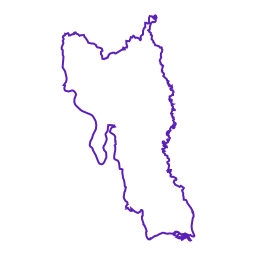 Thaton, Mon, Myanmar
{"feature_id": "60261553B13890911859525", "entity_name": "Thaton", "entity_type": "district", "adm_level": 2, "iso_a3": "MMR", "parent_name": "Myanmar", "parent_adm1": "Mon", "projection": "albers", "projection_center": [97.318, 17.108], "detail": "fine", "context": "isolated", "style": "outline", "palette": "violet", "viewbox_px": 256, "rotation_deg": 0, "n_neighbors": 0, "source": "geoboundaries", "source_scale": "gbopen_adm2", "svg_char_len": 5845}
<svg xmlns="http://www.w3.org/2000/svg" viewBox="0 0 256 256"><path d="M63.7,85.1L65.0,85.5L64.3,88.3L64.8,90.2L65.4,90.7L68.4,91.5L72.3,90.4L73.5,90.8L75.3,92.6L76.1,94.6L74.5,98.6L74.3,102.1L75.3,104.7L76.6,106.2L80.6,109.9L82.4,111.1L91.3,114.8L92.9,116.2L95.1,120.0L95.7,121.4L96.3,125.1L95.9,129.1L93.1,134.7L91.9,138.6L90.3,141.5L89.7,145.1L90.2,146.4L92.4,148.1L93.0,150.4L95.7,155.1L98.3,161.8L99.5,163.7L101.6,164.3L102.9,163.8L104.2,162.2L106.4,157.2L106.1,152.4L104.0,150.0L103.4,147.8L103.6,146.3L104.9,144.4L106.7,139.7L106.6,138.0L105.5,134.7L105.7,133.7L107.6,130.9L108.1,126.3L108.5,125.8L108.3,125.2L109.4,125.0L114.0,125.5L113.9,125.7L114.8,126.7L111.8,127.4L110.9,128.7L109.9,131.8L110.4,132.5L114.3,135.0L115.2,136.7L115.2,140.5L115.7,141.3L115.3,142.0L115.8,144.1L114.7,145.3L115.3,146.9L115.2,150.5L114.3,155.0L114.2,158.6L115.3,159.5L117.9,160.7L118.5,161.7L119.1,163.3L119.6,168.3L120.0,169.0L121.4,169.0L122.5,169.5L122.3,172.5L123.1,178.0L124.2,180.8L124.9,186.6L125.9,187.2L125.0,191.1L124.5,191.9L123.7,197.1L124.4,199.2L125.9,201.4L127.0,201.9L127.5,203.0L127.3,204.2L127.6,204.4L126.4,205.6L125.9,207.0L126.1,207.5L127.4,207.9L126.9,208.4L127.9,208.3L130.4,210.8L131.9,210.9L132.2,210.5L131.4,209.6L131.2,208.5L134.8,211.5L137.9,213.0L140.2,211.7L141.1,210.0L142.3,210.3L142.7,211.5L142.7,215.7L141.9,216.4L142.1,219.3L143.6,223.9L143.4,224.5L144.6,225.5L144.6,226.2L145.5,227.7L146.7,231.3L146.0,232.2L146.4,235.9L146.9,237.4L148.3,239.2L149.5,239.4L150.2,238.5L150.5,239.0L154.7,236.1L157.4,235.4L159.0,234.3L162.9,232.7L167.4,233.8L169.4,233.4L172.6,233.7L173.8,233.2L175.2,231.8L176.7,231.7L178.0,232.0L180.9,234.2L183.8,234.1L184.7,233.5L185.4,233.5L188.9,235.3L190.2,234.9L192.3,236.4L193.9,236.5L194.3,236.1L194.2,235.3L191.9,229.6L191.6,225.8L192.7,218.5L193.6,216.4L193.5,214.2L192.4,212.2L193.0,212.0L191.1,208.2L187.4,203.1L186.5,200.7L185.8,199.9L183.7,199.7L183.6,196.9L183.1,195.4L183.2,193.1L182.2,190.9L182.2,190.0L183.1,189.5L183.8,187.9L180.9,185.8L179.8,186.9L175.3,184.7L173.7,182.1L174.3,180.4L176.1,180.0L176.4,179.3L176.2,178.4L173.2,176.7L171.5,176.9L170.4,175.9L171.0,174.7L169.7,172.7L170.6,171.5L170.9,170.0L170.2,170.0L168.4,171.9L167.8,171.9L167.3,170.6L168.5,169.1L169.1,165.0L168.9,164.2L167.8,163.8L167.3,162.7L167.5,161.9L168.9,161.1L169.2,160.3L169.0,159.2L168.6,158.4L167.5,158.0L167.4,155.8L165.1,155.0L164.8,153.6L163.2,152.4L163.0,151.5L164.4,151.1L162.3,149.4L162.3,149.0L162.8,148.7L164.6,148.6L165.3,147.0L166.9,147.2L166.7,146.3L166.2,146.0L163.7,146.0L163.4,145.4L163.7,144.8L165.4,144.5L165.0,143.6L163.9,143.6L162.7,143.0L162.8,141.6L163.8,141.4L165.6,143.3L167.2,142.6L167.9,142.2L168.0,141.7L167.2,139.8L167.5,139.4L168.4,139.7L168.7,140.6L169.9,138.0L168.9,137.0L168.8,135.7L167.5,135.4L166.9,134.8L166.7,133.4L167.3,131.8L168.0,131.4L167.7,133.3L168.4,133.8L169.5,131.5L170.5,130.6L170.1,128.8L171.3,126.7L172.7,127.0L173.2,128.3L174.2,128.0L174.5,127.4L172.9,125.4L173.2,125.0L174.1,125.1L174.8,125.8L175.8,123.9L175.4,123.1L174.0,122.9L174.3,122.3L173.1,120.4L174.0,119.3L173.1,118.3L173.6,117.4L172.3,116.9L172.3,115.4L171.6,114.8L172.4,113.9L171.1,113.2L172.2,110.9L172.3,109.3L174.2,110.1L174.7,110.1L174.7,109.6L173.5,108.9L172.8,108.1L173.0,106.6L171.7,105.4L171.7,104.9L172.9,104.3L172.3,104.2L171.4,103.1L171.6,101.0L171.1,101.4L171.1,100.9L170.5,100.9L171.1,99.9L170.9,99.4L170.0,99.4L169.5,99.9L169.2,99.2L169.7,98.0L169.6,96.4L171.4,95.7L172.1,94.8L173.0,94.9L173.0,93.0L173.6,92.0L173.3,91.2L172.6,90.8L172.6,90.2L170.9,89.9L170.4,89.0L172.1,87.9L171.8,86.0L171.2,86.7L170.6,86.6L169.7,84.9L169.0,84.4L168.9,84.8L168.6,84.0L168.4,84.5L167.5,82.7L168.5,81.3L166.9,80.5L166.9,79.4L163.3,76.0L164.0,74.9L163.9,73.8L163.6,73.1L162.3,72.1L161.9,71.2L162.3,70.7L161.8,70.0L162.7,67.2L162.5,66.4L163.1,66.0L162.7,65.3L161.2,64.6L161.2,64.1L160.5,63.6L160.6,62.4L159.8,61.1L159.8,60.2L161.3,57.2L160.8,56.1L161.0,53.2L162.0,51.9L162.3,49.6L161.4,48.3L161.7,47.7L161.4,47.3L160.0,47.6L159.0,46.3L155.1,45.1L154.1,42.6L153.3,42.3L153.2,40.8L151.6,39.2L152.0,35.7L151.5,35.0L150.8,34.8L150.8,32.9L149.3,31.8L149.4,31.4L148.2,30.3L149.7,29.5L149.9,26.5L151.2,22.8L152.6,21.9L153.3,22.2L155.1,21.8L155.7,21.1L155.7,19.1L156.6,17.7L155.8,15.7L155.5,15.4L154.5,15.7L154.1,16.7L155.0,18.4L154.8,19.0L154.0,18.7L152.0,16.4L149.8,16.1L149.0,17.9L149.1,23.2L147.8,23.6L146.5,22.8L145.2,22.8L145.2,27.4L144.0,28.1L143.0,31.2L143.0,34.4L141.1,35.8L140.6,36.9L140.9,39.3L140.5,40.1L139.9,39.9L139.5,38.9L138.5,38.2L136.8,37.6L135.3,37.9L134.0,36.1L133.3,35.8L132.2,37.5L130.8,37.2L130.2,39.5L129.2,41.2L126.3,40.9L126.4,44.0L127.2,46.1L126.9,47.5L125.4,47.5L124.5,48.6L123.3,47.7L123.0,48.6L123.8,48.7L124.4,49.4L121.9,49.7L115.8,53.4L115.2,53.5L114.1,52.7L113.0,52.7L110.0,53.6L108.5,55.2L108.6,55.7L107.5,57.8L106.5,57.7L105.7,58.6L105.0,58.5L104.0,59.1L102.4,58.8L102.1,55.8L101.0,54.3L100.9,51.9L102.5,50.8L101.9,48.8L100.5,47.9L97.3,47.3L96.3,46.2L96.2,45.2L93.7,43.6L90.7,43.4L88.3,42.7L87.2,40.1L86.5,39.5L85.5,37.6L84.5,37.0L83.9,35.0L80.5,35.3L79.6,35.8L78.1,34.3L76.7,33.9L75.9,33.3L75.8,32.6L75.2,32.4L74.3,32.7L73.9,33.2L74.1,34.8L73.4,33.7L72.8,34.3L71.3,34.6L70.5,35.3L69.0,35.5L68.7,34.0L68.0,33.1L65.9,34.2L65.2,33.9L65.2,34.9L64.5,35.7L63.5,35.7L63.1,36.4L62.9,37.2L63.7,39.2L62.7,40.8L63.3,42.3L63.3,43.5L61.7,47.2L61.7,49.1L62.8,50.3L62.7,54.6L63.5,56.6L62.6,67.3L65.1,71.5L66.6,77.9L66.5,80.3L65.8,82.4L63.7,85.1ZM188.8,236.8L186.6,234.9L184.7,235.0L182.2,236.1L184.6,238.3L186.1,237.4L185.2,236.4L185.8,236.3L187.1,237.4L189.4,240.4L190.0,240.6L190.8,240.3L189.6,238.6L188.8,236.8ZM177.0,235.7L179.4,233.8L178.5,232.6L176.8,232.0L175.9,232.3L173.9,234.8L174.9,235.5L177.0,235.7ZM178.9,237.0L177.2,237.5L179.0,238.4L180.4,238.2L181.4,238.8L181.8,239.8L182.9,239.4L183.0,238.2L181.5,237.2L178.9,237.0Z" fill="none" stroke="#5b21b6" stroke-width="2"/></svg>